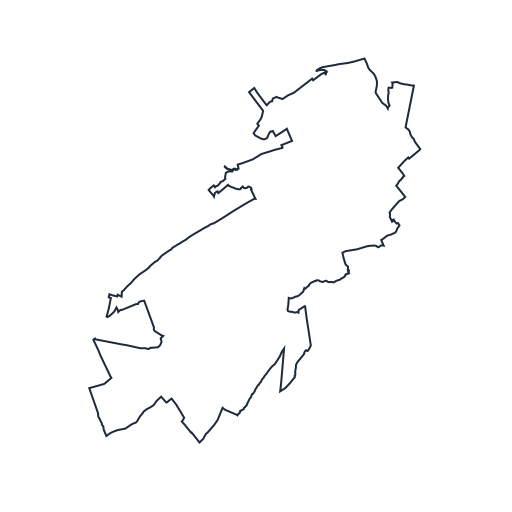 Zapodeni, Vaslui, Romania (Natural Earth projection), rotated 77°
{"feature_id": "2599482B89802278071969", "entity_name": "Zapodeni", "entity_type": "district", "adm_level": 2, "iso_a3": "ROU", "parent_name": "Romania", "parent_adm1": "Vaslui", "projection": "natural_earth1", "projection_center": [27.651, 46.76], "detail": "fine", "context": "isolated", "style": "outline", "palette": "slate", "viewbox_px": 512, "rotation_deg": 77, "n_neighbors": 0, "source": "geoboundaries", "source_scale": "gbopen_adm2", "svg_char_len": 6085}
<svg xmlns="http://www.w3.org/2000/svg" viewBox="0 0 512 512"><g transform="rotate(77 256 256)"><path d="M347.2,448.2L373.3,445.3L376.5,445.7L378.4,445.5L379.3,445.0L382.3,444.5L383.7,443.9L385.2,444.1L386.2,443.9L387.5,443.1L390.3,443.4L391.9,443.3L397.7,442.3L395.7,437.5L394.9,433.4L394.5,429.7L394.8,422.1L392.3,415.8L391.7,413.6L391.2,410.3L390.2,408.9L386.3,405.2L383.6,401.8L382.2,400.3L380.5,396.4L380.0,394.2L378.7,390.2L377.5,388.3L375.0,385.7L371.7,380.1L378.5,376.4L378.6,375.7L376.6,371.9L376.0,370.3L382.8,367.2L397.4,362.4L399.4,364.1L400.6,365.6L404.2,363.5L413.7,358.9L413.5,358.4L425.0,353.0L422.1,348.3L419.3,346.1L417.8,344.5L417.3,343.1L411.7,335.4L407.3,330.4L396.4,322.7L398.9,320.7L406.3,310.6L407.1,309.9L406.0,309.0L405.6,307.7L404.9,306.9L404.2,306.8L403.3,306.1L403.5,305.6L403.1,305.1L402.5,302.5L401.4,302.0L400.9,300.6L400.1,300.2L399.6,298.9L399.3,298.6L398.5,298.2L393.4,294.1L393.1,293.4L392.0,292.3L391.4,292.1L389.6,290.8L389.7,290.3L389.1,289.4L387.4,287.6L386.7,287.4L382.4,283.2L382.0,282.0L380.9,281.3L379.7,279.4L377.5,277.8L376.6,276.3L375.2,275.1L373.1,272.3L369.1,267.8L367.0,264.9L365.8,262.3L364.1,260.3L359.0,255.2L355.5,252.7L352.5,249.5L386.1,260.3L393.3,262.9L391.7,258.2L391.0,256.8L387.6,251.6L382.6,245.3L381.5,245.4L380.6,244.4L377.3,243.8L373.9,242.3L371.0,241.5L368.6,239.4L362.6,231.5L360.5,230.3L359.4,229.1L359.1,228.2L360.1,227.4L360.0,226.8L357.8,224.5L355.5,222.7L327.4,220.6L316.3,219.5L315.8,219.8L318.2,226.5L320.8,227.4L319.9,228.5L319.9,230.6L319.2,232.4L318.5,233.2L318.1,235.2L316.8,237.2L316.1,237.4L314.6,237.1L311.1,235.6L304.2,233.5L305.1,231.9L305.3,230.7L304.5,226.6L304.6,225.3L304.3,223.6L303.7,222.2L301.3,218.0L298.3,216.2L299.0,215.9L298.6,214.6L297.7,213.4L296.8,211.1L295.9,210.7L294.7,208.9L294.2,207.5L294.1,205.8L293.5,204.4L293.8,203.2L293.3,202.5L293.5,201.4L294.1,200.1L294.9,199.5L296.2,197.3L296.3,196.4L295.9,194.7L295.9,193.1L297.6,191.5L297.9,190.8L297.8,190.1L298.3,188.9L298.3,187.6L299.2,186.4L299.0,185.5L298.3,183.7L297.9,179.4L297.0,177.5L296.5,175.3L295.4,173.5L294.7,173.4L294.1,172.7L294.3,172.5L293.8,171.1L294.0,170.1L293.6,169.2L292.7,169.7L291.9,169.7L291.6,168.8L290.6,168.8L290.4,169.6L290.2,169.7L287.4,168.8L287.0,168.8L284.6,170.5L283.6,170.7L278.0,171.1L272.3,171.1L271.5,167.9L271.5,166.9L272.2,156.1L271.5,145.5L271.7,142.8L272.4,138.3L273.4,136.4L274.9,135.2L274.9,134.4L273.9,131.9L274.1,130.4L274.6,129.3L268.6,130.4L267.6,127.6L265.9,124.1L265.6,122.7L265.5,119.8L265.0,117.2L264.4,114.9L263.4,113.8L261.1,112.2L258.4,109.3L255.8,110.3L256.0,111.8L252.8,113.4L251.4,113.7L251.6,115.4L253.0,115.1L253.2,115.7L248.1,116.8L245.2,115.9L243.7,116.1L241.2,113.2L235.0,104.6L234.5,103.5L233.7,100.1L232.0,97.3L219.1,103.5L217.2,101.3L215.4,99.8L214.4,98.0L214.4,97.6L212.9,96.0L212.8,95.5L211.8,94.8L211.3,93.5L208.6,94.5L202.0,97.6L197.2,90.6L194.6,86.3L194.2,85.5L195.6,84.9L189.5,72.8L188.8,71.9L182.1,74.8L180.0,75.6L177.2,76.0L175.6,77.2L171.8,78.3L169.8,78.2L167.9,78.6L166.8,79.2L165.5,80.5L164.2,81.3L125.5,63.8L124.7,66.3L123.0,70.2L121.7,73.7L119.8,77.3L118.2,79.2L117.6,84.3L118.5,83.9L119.1,84.3L121.8,85.0L122.7,85.4L122.8,85.8L121.8,88.9L123.8,89.7L126.8,90.0L128.9,91.0L132.2,92.0L136.1,92.5L139.5,92.0L140.8,93.8L142.0,94.4L139.1,95.2L135.1,98.6L124.2,102.6L123.1,102.6L117.7,100.1L115.6,99.5L113.4,98.9L111.9,98.9L108.2,99.3L105.0,100.2L100.2,103.3L97.7,104.3L93.5,104.7L88.0,105.9L88.6,116.1L88.6,123.2L87.7,132.1L87.7,135.5L87.0,148.6L87.3,150.8L88.0,153.3L88.8,155.2L89.3,155.3L89.2,150.8L90.1,147.6L91.5,146.1L92.5,145.5L92.7,146.1L93.8,146.9L94.7,147.1L94.7,147.3L92.7,148.0L93.5,151.5L97.6,160.8L95.8,161.3L105.5,182.5L106.6,188.4L109.0,194.9L106.1,199.8L105.6,200.1L106.3,204.0L106.8,204.5L108.9,205.5L108.8,206.5L109.1,208.1L111.5,211.6L110.8,212.1L96.9,218.2L91.9,219.9L94.8,225.9L116.2,216.4L121.7,219.1L123.8,220.8L127.5,225.0L129.7,223.9L134.5,229.4L135.9,230.7L138.4,229.6L142.9,224.5L144.0,222.4L144.2,221.4L143.6,218.9L143.3,218.5L139.4,215.6L137.9,213.8L137.9,213.2L138.4,212.6L138.0,211.5L143.6,209.9L140.2,200.3L138.9,197.4L152.0,195.0L153.7,206.3L155.6,205.7L156.6,205.9L156.8,214.6L157.1,217.1L157.8,227.7L161.1,237.3L162.5,248.6L162.8,253.3L166.9,253.3L166.9,254.5L167.7,254.8L167.5,256.4L166.4,256.4L165.9,258.1L166.0,258.5L167.1,258.7L166.5,260.7L164.4,264.4L161.7,266.1L162.0,266.4L164.4,264.9L167.4,259.7L167.8,259.7L168.3,260.1L167.5,263.1L167.8,265.8L168.2,266.7L172.5,268.5L173.9,268.5L175.4,271.1L176.0,274.1L176.8,274.5L178.8,277.3L179.0,278.1L178.8,278.9L179.8,280.5L177.7,281.3L179.6,285.2L181.0,287.3L187.6,283.9L188.7,283.6L185.4,281.9L184.6,280.2L184.3,279.0L186.2,278.5L180.4,267.2L181.6,266.7L181.9,266.0L183.4,264.3L184.1,262.9L185.5,261.2L187.2,257.7L187.4,256.5L187.0,255.7L186.3,255.2L185.3,253.3L187.1,252.5L187.6,250.1L187.3,248.9L186.6,248.0L186.7,247.4L187.8,246.0L188.6,245.4L190.0,245.3L190.1,245.9L200.2,243.7L199.8,244.7L203.2,256.1L207.6,269.3L211.7,280.6L214.8,290.2L214.6,290.7L215.0,293.5L215.9,295.5L217.1,300.1L221.0,312.5L222.5,316.8L224.4,320.7L225.3,323.9L227.0,328.5L227.0,329.2L228.3,332.6L228.6,334.0L229.4,335.8L230.6,337.3L231.0,339.0L234.1,346.9L235.4,349.3L236.1,349.7L237.3,351.8L238.4,353.3L238.9,355.5L242.2,362.0L242.9,362.4L244.8,366.1L247.6,373.5L251.1,379.8L254.2,383.9L256.9,388.8L259.5,392.4L260.6,394.7L265.4,396.1L262.6,399.5L264.2,400.3L262.0,404.8L260.3,407.4L263.1,408.8L264.3,406.9L274.0,411.2L281.4,415.2L282.1,414.4L281.3,411.8L280.4,410.2L278.3,406.6L274.7,403.5L276.7,402.9L279.6,402.8L278.5,401.3L278.1,399.5L278.4,399.3L278.2,397.7L275.9,383.8L276.2,381.7L275.2,381.1L274.6,380.3L274.3,379.2L274.2,376.9L274.4,375.0L302.5,371.5L304.6,372.1L306.4,371.6L311.6,366.4L313.0,364.4L314.7,367.4L318.1,367.3L318.9,367.6L321.3,369.5L322.9,372.0L322.1,377.0L322.2,378.0L321.6,379.3L322.4,381.2L322.4,381.8L320.9,384.8L319.9,389.4L313.9,401.9L311.9,406.8L301.3,430.7L301.0,431.2L300.2,431.4L300.6,432.6L301.0,433.3L312.4,430.8L317.8,430.0L340.6,424.9L342.2,424.3L346.3,432.1L346.6,433.5L346.6,436.2L346.8,437.5L347.2,448.2Z" fill="none" stroke="#1e293b" stroke-width="2"/></g></svg>